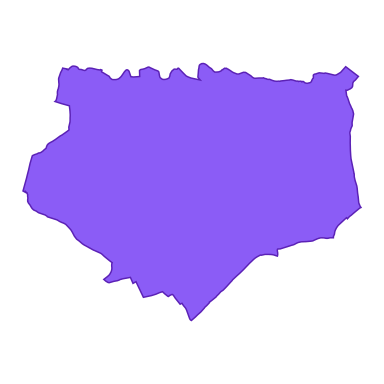 the district of Saulia, Mures, Romania
{"feature_id": "2599482B86871181031429", "entity_name": "Saulia", "entity_type": "district", "adm_level": 2, "iso_a3": "ROU", "parent_name": "Romania", "parent_adm1": "Mures", "projection": "equal_earth", "projection_center": [24.211, 46.629], "detail": "fine", "context": "isolated", "style": "filled", "palette": "violet", "viewbox_px": 384, "rotation_deg": 0, "n_neighbors": 0, "source": "geoboundaries", "source_scale": "gbopen_adm2", "svg_char_len": 5759}
<svg xmlns="http://www.w3.org/2000/svg" viewBox="0 0 384 384"><path d="M361.0,207.5L360.1,206.2L358.8,203.0L358.6,201.3L358.2,197.0L357.6,193.0L357.2,188.5L356.8,186.0L355.1,180.5L354.3,176.9L354.2,174.4L354.2,173.8L353.8,173.1L353.9,172.7L351.0,158.7L350.7,155.5L350.4,150.3L350.3,146.0L350.2,143.1L350.3,136.4L350.2,135.7L349.8,132.9L350.0,131.8L350.4,130.8L350.8,128.9L351.7,126.8L352.1,126.0L352.2,125.2L352.1,124.2L352.1,122.5L353.6,114.0L352.8,110.6L352.0,108.7L351.5,107.9L350.6,105.7L349.6,103.7L347.9,98.5L347.1,96.5L346.7,96.0L345.9,90.2L347.1,90.3L348.3,89.8L349.4,89.2L350.2,88.9L351.8,87.7L352.5,86.6L352.7,85.2L352.8,83.3L353.1,82.4L353.6,81.6L354.3,80.9L355.4,80.0L358.4,76.4L345.7,66.7L340.6,72.4L338.6,73.6L336.6,74.8L335.5,75.1L334.7,75.2L327.3,73.4L325.1,73.0L324.2,73.4L319.2,72.8L318.8,72.9L318.2,73.2L317.4,73.3L316.1,73.9L315.0,74.0L313.9,74.5L313.6,74.8L313.3,75.2L313.3,76.0L313.4,77.2L313.2,78.2L312.7,78.7L312.2,79.5L312.1,80.0L311.8,80.3L311.4,81.5L311.0,82.0L310.0,82.7L308.6,83.0L307.4,83.3L306.2,83.2L304.9,82.8L304.3,82.3L303.8,81.8L303.3,81.5L302.4,81.5L301.9,81.9L301.0,81.2L298.8,81.3L298.5,81.5L297.9,81.1L296.2,81.1L292.7,80.0L291.8,79.9L291.2,79.7L290.4,79.7L289.6,80.0L286.3,80.3L284.2,80.6L280.5,81.0L280.2,81.2L279.9,81.3L279.6,81.3L279.1,81.1L276.8,81.3L275.8,81.2L274.7,81.1L272.3,80.4L269.6,79.3L268.0,79.4L267.0,79.1L266.5,78.9L266.1,78.7L264.6,78.4L263.5,77.8L262.6,78.0L259.2,78.0L255.0,78.3L253.9,78.1L252.5,77.3L250.9,75.8L246.2,72.8L245.5,72.4L243.4,72.3L238.8,74.0L237.0,74.0L235.8,73.5L233.7,72.7L232.5,72.1L230.5,70.7L228.0,69.1L227.3,68.9L226.6,68.3L226.3,68.3L225.9,68.4L225.6,68.4L225.0,68.2L224.6,68.2L223.1,69.3L222.8,69.7L222.2,69.7L222.0,69.9L221.6,70.3L221.2,70.7L220.8,71.1L218.6,71.9L216.1,72.1L214.8,72.1L214.1,71.6L212.9,70.5L212.1,69.4L211.2,68.5L209.4,67.4L206.8,65.1L205.3,64.1L203.6,63.5L201.7,63.6L200.2,64.4L199.4,65.2L199.1,66.3L198.9,68.0L198.5,69.7L198.3,72.5L197.9,77.1L198.5,78.0L200.2,80.0L190.9,78.0L188.3,77.0L187.0,76.4L186.1,75.9L183.4,73.2L178.6,68.2L177.8,68.3L177.0,69.3L174.5,69.1L174.0,69.2L171.8,71.1L170.2,73.9L169.8,76.1L169.1,77.9L167.7,78.7L165.9,79.3L164.0,79.5L162.4,79.3L160.3,77.8L159.8,76.9L159.4,75.1L159.0,72.9L158.7,71.7L158.1,71.1L157.2,70.7L154.7,69.8L151.1,68.1L150.3,67.8L149.6,67.3L148.8,67.1L148.1,67.1L144.8,68.6L143.1,69.1L140.9,69.5L140.3,69.7L139.9,70.2L139.5,70.6L139.7,76.5L133.6,77.0L130.9,76.7L130.0,74.1L129.1,71.4L128.8,70.9L128.3,70.4L127.8,70.0L127.1,69.8L126.4,69.9L125.8,70.3L124.5,71.7L121.5,76.1L120.6,77.1L118.9,78.6L117.9,79.1L116.4,79.5L115.5,79.6L113.1,79.6L111.9,79.4L110.3,78.1L109.9,77.6L109.5,76.8L109.0,76.2L107.4,75.3L103.6,73.0L101.8,72.0L101.5,71.6L101.7,70.9L102.0,70.3L101.9,70.0L100.5,69.6L100.2,70.0L97.4,69.6L92.0,68.3L89.8,68.1L87.8,68.3L86.5,69.2L85.8,70.1L84.9,70.5L83.3,70.2L82.2,69.8L81.3,69.5L79.5,69.4L78.7,69.0L78.3,68.6L78.0,67.7L77.7,67.4L76.9,66.9L76.0,66.5L74.8,66.2L73.7,66.1L72.8,66.1L71.7,66.5L69.8,68.0L68.2,69.8L66.9,69.4L67.1,69.0L62.7,68.1L62.2,69.5L61.4,71.2L60.7,72.4L58.7,78.2L58.6,79.1L58.8,82.5L59.0,84.1L58.8,86.4L58.5,87.5L58.5,88.1L57.8,89.9L57.4,91.7L57.4,93.6L57.5,94.5L56.7,98.4L56.1,100.3L55.6,101.0L55.0,101.5L61.5,103.6L69.4,105.8L69.6,107.9L69.8,109.3L70.0,111.2L70.1,113.0L70.2,114.4L70.2,115.9L70.1,118.0L70.1,120.1L70.0,122.0L68.8,127.1L69.0,129.7L68.9,130.0L67.1,131.4L62.0,135.0L60.0,136.1L55.4,139.5L52.3,141.5L50.5,142.4L48.4,143.7L47.8,144.4L47.2,145.1L46.6,146.5L46.0,148.4L45.0,149.1L43.8,150.1L43.3,150.7L41.2,152.3L39.7,152.9L38.5,153.0L36.9,153.9L34.9,154.5L32.9,155.4L32.3,155.8L30.1,163.3L28.6,170.0L27.4,174.6L26.5,178.3L23.0,191.0L25.7,192.5L25.6,191.7L26.4,192.5L27.0,192.8L27.2,193.3L27.2,193.7L27.7,194.7L27.6,195.1L27.7,195.4L27.6,196.1L27.9,198.0L27.6,200.2L27.9,201.0L27.7,201.4L28.3,202.8L28.8,203.5L30.0,205.0L31.6,207.8L32.4,208.8L33.7,210.0L36.2,211.1L38.5,212.7L40.5,213.4L45.2,215.0L47.1,216.3L47.4,216.8L56.2,219.6L57.0,219.9L58.1,220.5L59.5,221.4L61.6,222.4L63.7,223.2L65.7,224.3L66.5,225.1L68.4,227.1L70.4,229.3L71.1,230.2L72.3,232.2L74.4,236.2L76.6,239.1L79.3,241.1L82.4,243.8L84.2,245.0L93.3,250.0L99.7,252.8L100.9,253.4L102.0,254.2L104.2,256.3L109.7,260.8L112.2,262.7L111.9,263.3L111.7,264.6L111.7,266.1L111.9,267.9L111.8,269.3L111.4,271.0L111.0,272.0L110.1,273.7L109.1,275.1L107.4,276.6L103.8,279.4L106.0,281.3L108.1,282.5L109.2,282.7L114.0,281.3L117.4,280.7L119.1,280.1L119.9,279.6L122.7,278.8L130.4,277.4L133.0,283.4L136.0,281.7L143.4,297.3L151.4,295.6L155.9,294.2L159.4,292.7L162.5,291.7L164.6,293.7L167.7,296.2L168.3,296.5L168.7,296.3L169.8,295.4L172.1,294.4L172.9,294.8L173.8,295.9L175.3,298.2L180.1,304.2L182.0,303.3L183.4,305.5L185.0,307.4L185.7,308.3L186.6,310.2L189.7,318.8L190.3,319.7L191.0,320.3L191.4,320.5L195.5,316.9L197.5,314.9L200.9,311.9L204.3,308.1L204.7,307.4L206.8,305.5L209.5,302.6L209.4,302.1L211.2,300.9L216.0,297.0L217.0,295.7L218.5,294.3L220.7,291.8L223.2,290.1L226.4,286.8L231.5,281.2L232.1,280.6L232.5,279.9L237.2,275.5L239.7,273.3L243.6,269.5L249.4,263.4L251.3,261.6L253.6,259.4L255.4,257.9L257.3,256.7L260.3,255.1L261.0,255.1L261.3,255.2L262.3,255.0L264.5,254.5L265.1,254.4L268.7,254.4L271.1,254.5L272.7,254.7L274.0,255.0L276.3,255.8L277.4,256.1L277.7,254.8L277.7,252.9L277.3,250.6L277.4,249.5L277.5,249.2L277.9,249.0L280.2,248.9L291.5,245.3L293.1,244.9L294.4,244.4L296.2,243.4L297.9,242.6L299.0,242.3L301.3,241.8L306.3,241.6L310.7,241.2L312.8,240.9L314.2,240.2L316.9,239.0L318.5,238.4L320.3,237.9L321.7,237.8L324.0,237.9L326.1,238.3L327.9,238.3L330.0,237.8L333.4,237.8L333.4,236.6L334.4,234.3L334.8,231.7L335.3,230.2L336.4,228.0L337.4,226.5L338.2,225.4L346.5,217.7L346.9,218.0L347.4,218.8L349.5,216.5L351.4,215.1L353.1,213.6L355.0,212.0L359.7,208.1L361.0,207.5Z" fill="#8b5cf6" stroke="#5b21b6" stroke-width="1.5"/></svg>